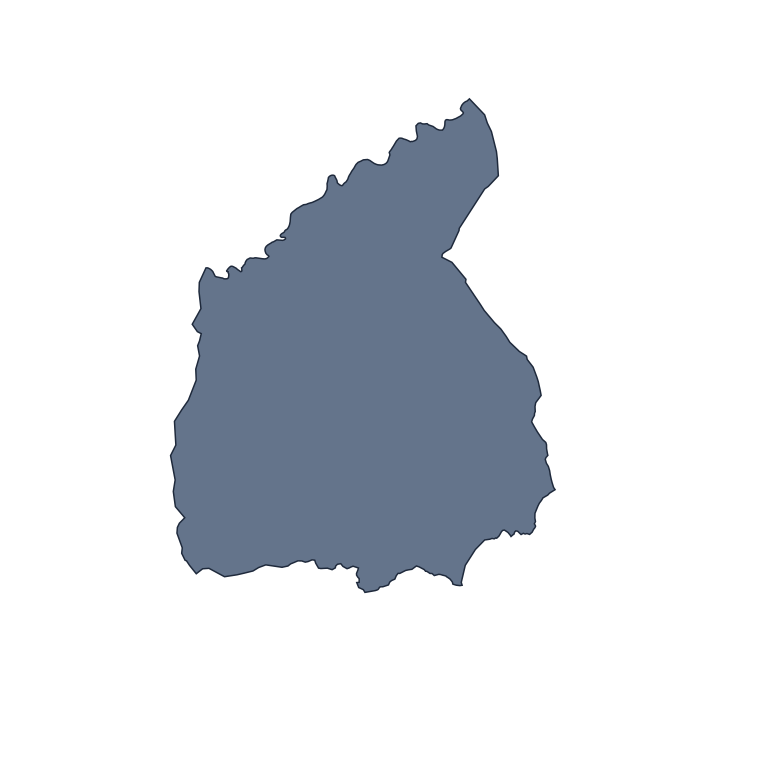 Villa Hidalgo, Oaxaca, Mexico, rotated 43°
{"feature_id": "50627088B9411614627727", "entity_name": "Villa Hidalgo", "entity_type": "district", "adm_level": 2, "iso_a3": "MEX", "parent_name": "Mexico", "parent_adm1": "Oaxaca", "projection": "albers", "projection_center": [-96.166, 17.184], "detail": "fine", "context": "isolated", "style": "filled", "palette": "slate", "viewbox_px": 768, "rotation_deg": 43, "n_neighbors": 0, "source": "geoboundaries", "source_scale": "gbopen_adm2", "svg_char_len": 5858}
<svg xmlns="http://www.w3.org/2000/svg" viewBox="0 0 768 768"><g transform="rotate(43 384 384)"><path d="M174.6,420.5L179.6,435.6L185.7,442.6L198.7,453.7L203.0,471.1L211.8,473.0L216.0,471.8L219.7,478.3L221.6,483.1L230.0,489.3L236.2,501.5L244.0,509.2L244.1,509.4L244.3,509.9L252.0,529.3L253.7,541.1L256.2,554.2L273.4,570.6L276.7,581.9L296.7,596.6L303.2,606.3L315.1,616.0L329.5,617.7L329.3,625.4L330.7,629.8L334.3,634.3L348.2,641.4L351.5,645.8L358.8,648.6L360.1,648.0L365.6,649.3L376.1,650.8L377.4,642.8L381.7,638.2L398.8,633.7L406.6,623.8L410.6,617.9L415.7,610.1L417.5,603.7L420.9,596.9L434.4,587.6L437.9,582.6L438.4,579.2L439.9,576.0L441.6,572.1L444.5,569.5L447.9,568.0L449.6,565.6L451.3,561.7L453.5,560.1L456.2,561.6L461.7,563.3L463.6,562.1L468.2,557.3L472.7,555.2L473.8,551.7L472.8,550.1L472.9,547.6L474.9,544.9L478.4,545.4L482.9,544.3L484.0,542.3L484.6,540.5L485.6,538.4L486.6,537.9L490.8,536.0L491.8,537.9L493.1,541.3L494.3,542.5L496.4,543.1L498.6,543.3L501.1,546.0L499.5,547.8L504.3,550.1L509.2,548.5L512.2,549.4L518.6,540.9L519.7,538.8L519.8,537.8L519.4,535.7L519.8,534.7L521.5,533.0L524.3,527.9L523.3,525.0L523.6,522.6L525.0,519.3L523.7,515.8L523.4,512.9L524.7,511.8L527.0,505.6L528.8,503.0L530.8,500.5L531.8,495.0L534.4,493.8L540.0,492.3L542.1,492.6L543.1,491.8L544.9,491.5L546.8,491.2L548.5,489.8L551.4,489.8L553.9,485.8L555.4,484.7L557.3,483.8L558.7,483.0L560.3,482.2L561.1,482.3L563.1,481.9L564.1,481.8L564.7,481.6L567.3,481.9L569.0,482.2L570.9,483.4L574.0,481.9L577.0,479.7L578.4,477.9L575.8,476.4L567.1,461.2L563.7,442.7L564.0,429.4L567.3,425.3L568.3,423.3L570.2,422.1L570.7,420.4L571.6,419.9L571.8,416.9L571.3,414.6L570.6,411.8L570.7,410.0L571.7,408.7L575.9,408.0L579.5,408.5L580.9,408.9L581.2,406.0L581.5,405.4L580.5,403.0L580.6,401.5L582.3,400.5L584.5,400.6L586.9,400.6L587.7,398.2L589.5,397.5L590.5,395.9L593.1,394.7L593.3,392.5L593.4,391.3L592.8,389.2L592.5,388.0L592.5,386.9L592.0,384.9L591.3,384.3L589.3,383.7L588.6,381.3L585.7,379.1L582.6,375.6L579.8,368.3L578.9,365.2L578.6,362.3L578.2,360.1L577.9,359.1L578.4,357.2L579.5,353.6L579.5,351.0L580.2,348.3L581.2,344.6L578.6,344.0L574.2,341.5L571.2,339.6L567.5,337.0L564.2,334.4L560.4,332.2L556.8,331.2L555.3,330.3L553.3,329.1L552.6,327.3L552.5,324.4L551.5,323.8L547.1,320.5L544.3,317.6L542.2,316.4L537.7,316.5L528.7,314.4L522.7,312.6L517.8,311.0L516.5,308.4L515.5,304.5L514.1,302.8L513.4,301.0L509.8,297.5L507.7,294.2L507.1,288.6L506.7,285.2L502.8,282.3L495.1,277.0L491.0,274.7L481.6,270.0L472.0,268.4L469.2,266.4L460.8,267.9L447.6,267.7L441.0,265.9L432.0,264.1L422.9,263.8L407.2,261.9L400.2,260.1L374.3,254.1L372.5,251.5L371.6,251.4L350.7,248.7L339.9,251.8L338.3,249.6L338.1,248.2L338.7,245.0L340.1,240.3L340.3,238.9L334.2,220.6L332.9,218.9L324.6,172.7L325.5,168.4L325.6,153.7L313.2,142.0L307.7,137.3L290.4,126.1L281.6,122.7L274.0,118.5L252.0,117.2L251.8,120.3L251.0,122.1L250.6,124.5L250.7,125.7L250.8,127.2L251.3,128.4L251.7,129.6L252.2,130.6L253.5,131.2L254.7,131.2L255.7,131.2L257.1,131.5L257.3,131.8L257.5,132.7L257.4,134.0L257.2,135.9L256.5,137.9L256.0,139.4L255.5,140.9L254.9,142.0L254.0,143.9L253.0,145.2L251.8,146.4L250.4,147.2L249.3,148.2L249.1,149.3L249.7,150.6L251.6,152.8L252.8,154.7L253.4,156.4L253.6,158.4L252.5,159.5L251.5,160.4L250.3,161.0L248.5,161.7L246.5,161.9L244.2,162.2L239.9,164.1L238.0,164.2L236.3,166.2L234.8,167.5L232.6,168.2L231.3,170.0L231.3,173.4L235.1,176.9L239.6,180.1L240.9,182.2L240.9,184.3L239.9,186.4L239.4,187.3L238.6,187.9L238.0,188.9L236.7,189.2L235.2,189.7L234.0,190.1L232.6,190.7L231.3,191.4L229.6,192.0L228.5,192.8L227.4,194.0L227.4,196.1L227.4,197.9L228.8,204.2L228.9,205.2L229.3,206.8L229.5,208.2L229.7,210.4L230.0,211.2L231.4,211.9L232.2,212.6L232.8,214.0L234.7,218.3L235.0,219.7L235.0,221.3L234.4,223.3L233.0,225.5L231.4,226.8L230.0,227.9L228.3,228.7L226.3,229.4L223.8,229.8L221.0,230.2L218.9,231.0L217.6,232.4L216.0,234.2L215.1,236.8L213.9,239.5L213.8,242.4L214.0,243.5L214.8,246.7L215.3,250.5L215.9,252.8L216.3,255.0L216.9,256.9L217.6,258.3L218.0,259.6L218.4,262.1L218.2,262.9L218.1,263.7L218.0,264.7L218.1,265.9L218.2,266.7L218.1,267.5L217.3,268.1L215.7,268.6L214.3,268.7L212.7,268.7L211.8,268.0L211.0,267.4L209.9,266.9L208.7,266.5L207.3,266.0L206.0,265.4L205.3,265.5L204.8,265.7L204.1,266.2L203.3,267.1L202.8,268.1L202.5,269.3L202.5,270.8L204.2,273.5L205.0,274.9L205.7,276.3L207.5,278.0L209.7,280.7L210.2,282.5L211.0,284.9L211.4,286.9L211.5,289.2L210.3,293.6L208.8,297.5L207.6,300.3L206.5,302.0L205.4,303.9L204.7,305.6L202.9,307.8L201.8,311.3L201.4,312.9L200.7,315.0L200.3,317.6L199.8,321.1L199.9,322.4L200.0,323.3L200.8,324.4L201.9,325.9L204.6,329.2L205.6,330.8L206.3,332.0L206.9,333.4L207.3,334.8L207.5,335.7L207.6,336.6L207.3,337.8L207.0,338.6L207.0,339.5L207.4,340.7L207.3,341.6L207.0,342.7L206.7,343.8L206.6,344.9L206.8,346.0L207.3,346.5L207.8,346.7L208.7,346.7L209.4,346.3L210.0,345.6L211.6,344.3L212.5,344.5L213.0,345.1L212.6,346.9L211.9,348.1L210.6,349.1L207.3,351.7L206.2,355.4L205.5,356.5L205.2,358.0L204.2,361.5L204.0,363.7L204.4,365.4L205.2,366.8L206.3,367.8L207.2,368.3L208.3,368.9L210.3,369.2L211.9,368.9L212.4,369.0L212.9,369.3L212.8,370.3L212.8,371.2L212.5,372.4L211.6,373.7L210.2,374.9L204.2,379.1L203.5,379.8L202.8,381.0L201.7,382.0L200.5,382.8L199.8,383.8L199.6,384.8L199.0,386.1L199.1,387.4L199.3,388.7L199.9,390.2L200.4,390.8L200.5,391.8L200.4,392.9L200.8,395.6L200.6,396.2L201.4,396.8L202.8,398.1L203.0,398.8L202.6,399.6L198.5,400.2L197.2,400.1L194.4,400.8L193.1,401.2L192.2,401.8L191.7,402.4L191.4,403.9L191.4,406.3L191.6,407.5L191.7,408.5L192.1,408.8L192.7,408.7L193.4,408.2L194.1,408.9L195.4,409.4L196.6,410.7L197.7,412.3L197.7,413.2L197.4,414.1L196.0,415.6L194.8,416.4L193.8,416.5L193.3,416.9L188.4,419.9L187.7,420.2L186.8,420.3L184.8,419.5L184.1,419.3L182.1,418.5L180.8,418.4L178.9,418.4L177.9,418.7L176.9,418.9L176.2,419.2L175.5,419.6L174.6,420.5Z" fill="#64748b" stroke="#1e293b" stroke-width="1.5"/></g></svg>